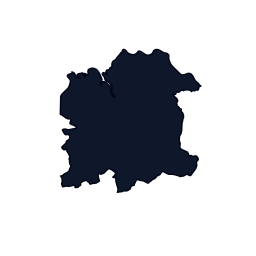 the border of Sumatera Selatan, rotated 301°
{"feature_id": "IDN-1230", "entity_name": "Sumatera Selatan", "entity_type": "Province", "adm_level": 1, "iso_a3": "IDN", "parent_name": "Indonesia", "parent_adm1": "", "projection": "natural_earth1", "projection_center": [104.141, -3.318], "detail": "fine", "context": "isolated", "style": "filled", "palette": "ink", "viewbox_px": 256, "rotation_deg": 301, "n_neighbors": 0, "source": "natural_earth", "source_scale": "10m", "svg_char_len": 5769}
<svg xmlns="http://www.w3.org/2000/svg" viewBox="0 0 256 256"><g transform="rotate(301 128 128)"><path d="M147.2,51.3L147.4,52.6L147.4,53.1L147.3,53.7L145.4,57.4L145.2,58.4L145.3,59.8L145.7,61.0L146.4,60.2L147.0,57.7L147.4,57.1L148.6,57.3L149.5,58.2L150.3,59.3L151.0,59.8L151.6,60.3L151.3,61.7L150.7,63.1L149.5,64.8L149.6,65.1L150.3,65.0L150.9,64.7L151.8,63.3L152.3,62.7L152.6,63.7L152.7,65.7L153.6,66.3L153.9,66.4L154.2,65.8L154.7,65.6L155.5,64.7L157.3,64.0L159.0,64.6L160.5,66.0L161.5,68.0L161.9,70.2L161.6,72.1L160.9,73.8L159.6,76.1L156.6,80.2L156.1,80.7L155.4,80.8L153.6,80.9L153.0,81.2L152.5,81.8L150.3,83.6L153.2,82.2L154.6,82.1L155.5,84.0L155.5,86.1L155.4,87.3L154.8,88.9L154.8,91.2L154.6,92.0L154.2,92.4L153.4,92.8L151.4,93.5L150.2,94.5L148.8,95.9L147.9,97.3L147.4,99.0L147.4,100.9L147.2,101.6L147.8,100.9L148.5,99.9L149.0,98.8L149.4,97.0L150.0,96.3L151.5,95.3L154.4,93.7L155.6,92.8L156.3,91.3L157.1,88.1L157.2,87.1L157.1,85.0L157.2,84.2L157.8,83.3L159.1,81.8L159.8,80.9L160.4,78.8L161.1,78.1L161.9,78.0L162.7,78.3L163.0,79.3L163.1,81.6L163.8,82.3L163.9,81.2L164.3,80.4L165.1,80.1L166.0,80.0L166.9,80.2L168.0,81.5L168.7,81.9L170.4,81.6L170.9,81.9L171.7,82.6L172.6,82.4L175.3,81.0L176.2,80.8L177.1,80.8L178.1,81.0L179.7,82.0L180.7,82.2L182.7,82.3L186.3,83.0L188.2,83.1L189.2,83.3L189.9,83.6L189.9,84.0L189.3,84.0L189.8,84.6L190.4,84.3L191.5,83.3L192.3,83.3L192.9,83.6L193.3,84.3L193.4,85.6L193.1,86.7L192.4,88.7L192.2,89.8L192.3,90.9L192.7,93.0L193.5,94.7L194.2,95.6L195.0,96.3L196.2,96.7L197.0,97.1L198.5,97.2L199.0,97.3L199.4,97.6L200.1,99.2L199.9,105.9L200.7,107.7L202.0,109.2L203.6,110.2L205.4,110.5L207.1,110.2L207.6,110.3L208.3,110.7L209.3,111.1L209.8,111.8L210.6,113.2L210.9,114.9L210.9,118.8L211.1,120.8L211.9,122.3L212.0,122.8L211.7,125.0L211.3,125.5L208.5,127.1L207.1,128.5L205.7,130.3L204.5,132.3L203.7,134.5L201.1,145.2L201.3,147.1L202.4,148.6L205.9,151.5L206.6,153.0L206.7,154.7L205.9,156.7L203.2,161.2L202.8,162.8L202.6,164.5L201.6,167.8L201.4,168.7L199.8,167.7L198.8,167.9L198.1,168.3L196.5,168.3L196.1,167.9L195.8,166.8L195.5,166.4L195.1,166.1L194.2,166.1L194.0,165.8L193.8,164.5L193.5,164.0L192.9,163.8L192.2,163.9L192.0,163.7L192.0,163.3L192.4,162.0L192.2,161.1L191.2,158.9L190.7,158.4L189.8,157.0L188.7,156.5L188.6,156.2L188.5,155.4L188.3,154.7L187.9,154.3L186.6,153.7L185.3,153.4L184.9,153.0L184.1,151.6L183.6,151.2L183.1,151.0L182.7,151.1L181.8,151.4L181.3,151.2L181.1,150.7L180.6,149.6L180.3,149.0L180.0,149.0L179.8,149.2L179.4,150.0L179.3,151.3L178.7,152.0L178.6,153.5L177.9,155.5L176.9,156.6L176.4,156.7L175.8,156.8L175.2,156.5L174.8,156.5L174.5,156.7L173.4,157.9L172.7,158.1L172.4,158.5L172.2,158.9L172.1,160.7L171.2,162.4L171.3,162.9L171.6,163.3L171.6,163.6L171.4,164.0L170.2,164.8L169.8,165.2L169.4,165.7L169.0,167.1L168.7,167.6L168.0,168.2L167.2,169.2L165.7,170.1L163.6,170.5L162.0,171.2L160.1,171.7L153.2,175.4L150.1,176.3L148.0,176.3L147.0,176.6L144.4,177.9L143.4,178.6L141.6,180.7L137.9,182.4L137.4,183.7L137.2,185.0L137.8,189.9L137.9,191.5L137.2,192.6L136.2,193.6L136.0,195.0L136.0,195.3L136.9,196.3L136.9,197.5L137.2,198.4L138.8,200.2L139.1,200.8L139.0,201.9L138.4,203.3L137.6,204.1L137.4,204.3L136.5,204.5L135.2,204.2L133.7,204.3L131.4,206.2L128.3,206.9L124.4,206.7L121.9,206.3L120.3,206.3L119.6,206.0L119.2,205.7L118.8,204.3L119.0,203.4L118.9,202.4L118.1,201.8L117.5,201.5L115.1,200.0L114.8,199.1L113.6,198.2L113.3,197.8L113.2,196.4L111.9,191.4L111.6,191.0L111.0,189.3L109.8,187.6L109.4,186.8L109.1,185.5L108.9,181.3L108.7,180.5L108.3,180.0L107.4,179.5L104.9,179.4L103.7,178.9L101.8,177.5L99.5,177.3L98.1,176.7L96.2,175.4L94.3,174.9L92.4,173.9L91.4,173.9L90.9,172.8L90.7,168.9L90.4,167.9L89.3,164.9L89.0,163.3L88.5,162.7L87.6,162.0L87.3,161.9L86.4,162.1L83.0,162.3L82.3,162.8L80.4,161.1L80.0,160.9L79.3,160.6L77.8,161.1L77.1,161.2L74.7,160.2L73.4,159.2L72.4,157.4L71.9,156.7L70.4,155.6L69.9,155.0L68.9,153.5L67.9,152.7L67.6,152.0L69.9,151.3L70.6,150.9L75.6,145.6L76.6,144.8L77.4,144.4L78.8,143.2L78.8,142.5L78.2,141.2L78.1,140.7L78.2,140.4L78.6,140.4L80.2,141.0L81.8,140.8L82.8,140.9L83.4,140.0L83.8,136.1L83.8,134.8L83.6,133.6L83.3,132.7L83.0,132.4L82.0,131.8L80.9,131.6L80.1,131.3L77.6,130.8L77.1,130.6L74.7,128.9L74.4,128.2L73.9,126.7L73.7,126.3L73.3,126.1L72.5,126.4L71.6,127.0L69.8,128.6L68.5,130.1L67.7,130.7L66.8,130.4L65.6,129.6L64.8,129.3L64.3,128.9L63.1,127.4L61.8,125.6L60.8,125.0L60.5,124.7L60.4,124.4L60.6,123.9L61.2,122.9L61.3,121.3L61.7,119.9L61.6,119.5L61.4,119.0L59.3,116.9L56.7,115.8L55.9,115.8L54.9,116.7L54.5,116.7L53.9,116.5L53.0,115.9L51.8,115.8L51.3,115.4L50.0,113.7L49.9,113.1L50.2,113.0L51.0,112.9L51.3,112.7L50.9,110.9L50.6,110.4L49.8,109.8L47.9,107.8L47.4,107.1L46.4,104.8L46.0,104.4L44.9,103.4L44.0,102.1L45.7,100.1L46.1,99.8L48.0,99.3L48.7,98.9L51.0,97.3L52.1,95.1L53.7,96.5L55.9,97.1L57.9,98.5L60.0,99.4L61.6,99.5L62.8,99.1L65.4,98.9L66.2,98.5L66.6,98.0L67.1,96.7L67.8,96.0L69.8,94.8L70.5,94.2L71.3,93.3L71.5,93.3L71.9,93.7L73.1,93.1L73.8,92.4L74.4,91.7L77.4,86.5L77.5,85.9L77.4,85.4L76.7,84.6L76.4,84.1L76.4,83.4L76.5,82.6L76.9,81.8L77.3,81.3L77.8,81.2L78.6,81.3L79.8,81.8L81.1,82.0L82.5,82.6L83.7,82.6L84.9,82.0L87.2,83.1L88.2,83.4L89.1,83.3L90.9,82.5L91.4,82.1L91.6,81.7L91.6,80.3L91.3,79.6L90.2,78.0L90.2,77.3L90.5,76.2L91.2,75.1L92.1,73.2L92.8,72.8L93.4,73.1L94.5,74.3L95.2,76.0L95.5,77.2L95.8,77.9L100.6,83.2L101.4,83.7L102.2,83.6L102.4,83.0L102.3,82.1L102.5,81.2L102.4,79.8L101.9,77.6L101.9,76.7L102.1,76.1L102.3,75.7L102.8,75.5L104.3,75.3L105.0,75.0L105.6,74.7L106.2,74.0L106.2,73.7L105.3,72.6L104.9,71.5L104.7,70.0L105.2,64.0L104.9,63.1L105.5,62.6L120.2,54.2L121.5,53.9L123.2,54.0L130.2,55.9L132.2,56.2L134.8,55.8L138.4,54.7L139.6,53.6L140.7,50.3L140.9,49.8L141.6,49.1L142.2,49.1L142.9,49.3L145.7,51.4L146.5,51.6L147.2,51.3Z" fill="#0f172a" stroke="#020617" stroke-width="1.5"/></g></svg>